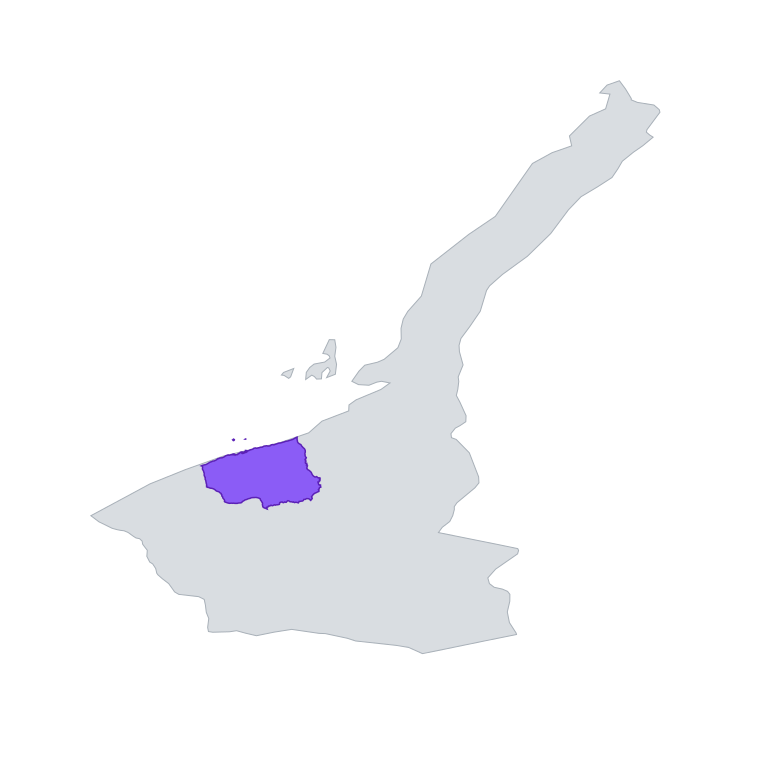 Afabet, Semenawi Keyih Bahri, Eritrea (highlighted), rotated 263°
{"feature_id": "51966322B88342452003506", "entity_name": "Afabet", "entity_type": "district", "adm_level": 2, "iso_a3": "ERI", "parent_name": "Eritrea", "parent_adm1": "Semenawi Keyih Bahri", "projection": "equal_earth", "projection_center": [38.928, 16.403], "detail": "fine", "context": "in_parent", "style": "filled", "palette": "violet", "viewbox_px": 768, "rotation_deg": 263, "n_neighbors": 0, "source": "geoboundaries", "source_scale": "gbopen_adm2", "svg_char_len": 8300}
<svg xmlns="http://www.w3.org/2000/svg" viewBox="0 0 768 768"><g transform="rotate(263 384 384)"><path d="M119.2,485.0L116.8,453.5L115.1,432.5L113.3,410.3L111.7,389.3L119.5,376.4L123.1,364.2L132.4,324.5L136.1,316.6L143.4,295.4L144.4,289.2L151.7,262.5L151.1,244.7L149.7,226.7L153.6,216.1L157.1,207.6L156.9,200.5L158.5,183.7L159.7,179.6L163.9,179.3L172.6,181.5L179.0,179.8L186.4,179.8L192.1,179.3L195.5,174.2L200.2,154.7L203.2,150.8L205.5,149.6L212.1,146.0L217.7,140.3L222.2,136.3L223.9,135.4L228.7,134.9L233.6,132.5L235.8,129.8L241.8,127.6L247.8,128.8L251.8,126.4L254.5,124.9L257.5,124.8L260.3,122.5L261.4,119.1L263.2,116.9L267.9,111.8L270.0,108.1L270.9,104.5L271.9,101.5L273.9,96.6L282.0,84.2L289.0,77.0L313.4,139.6L323.3,176.7L332.0,215.4L338.5,273.6L344.7,303.3L354.7,317.9L361.6,345.7L367.5,346.7L371.7,354.4L379.0,380.4L384.3,390.1L387.0,381.8L386.7,377.0L384.6,368.9L386.5,358.6L390.6,352.4L399.9,360.8L405.0,367.2L406.4,380.1L408.5,387.2L418.3,402.2L426.5,406.6L437.2,407.7L446.1,411.0L453.2,416.5L466.7,431.8L497.4,445.2L522.2,486.4L536.8,514.9L584.8,558.2L593.1,579.0L597.5,599.3L607.6,598.3L624.9,620.6L630.1,637.5L644.2,643.6L646.6,633.6L653.5,641.8L656.3,654.6L647.3,659.7L637.3,664.2L635.9,664.0L632.6,669.9L628.0,685.9L622.8,690.6L620.1,691.0L604.4,676.0L602.0,675.1L598.7,678.1L596.2,681.2L588.9,669.8L583.6,659.7L576.1,647.7L569.0,642.3L561.2,635.5L553.6,619.8L545.9,602.4L534.4,588.3L513.0,567.8L493.3,541.9L478.3,514.9L468.6,500.8L464.4,497.2L444.5,488.4L430.5,476.1L419.8,465.9L413.2,463.2L406.9,462.8L393.3,464.8L382.0,458.5L377.3,458.5L369.7,456.6L363.8,454.4L356.8,457.1L342.5,461.6L336.6,460.6L333.4,454.3L331.5,449.4L326.6,444.4L322.5,444.4L320.2,448.9L305.3,460.3L280.3,466.6L274.3,466.2L269.9,461.6L257.3,442.0L253.7,438.8L250.8,438.5L245.0,436.2L239.5,432.5L234.7,424.4L229.9,419.9L224.7,435.6L215.6,463.0L210.7,477.8L204.3,496.7L202.4,497.3L199.1,495.9L186.7,472.3L178.9,463.4L173.0,464.3L168.8,468.6L166.0,476.5L163.1,481.4L159.9,483.3L153.1,482.4L142.7,478.6L131.9,479.4L120.7,484.8L119.2,485.0ZM413.0,327.8L416.4,333.6L418.7,333.0L420.5,331.1L421.8,327.0L434.7,335.1L433.9,340.5L426.3,340.8L417.5,338.5L409.3,339.3L399.6,336.9L397.3,327.8L403.5,332.2L406.7,331.1L407.3,329.9L402.9,323.8L396.7,322.5L397.1,317.7L399.9,315.8L401.6,313.4L398.0,306.8L405.0,308.3L409.4,312.3L412.3,317.0L413.0,327.8ZM407.7,285.7L410.4,296.3L402.5,292.2L401.2,290.1L404.7,285.9L405.4,283.3L407.7,285.7Z" fill="#d9dde1" stroke="#a8b0b8" stroke-width="1"/><path d="M334.7,238.6L334.4,238.6L334.4,238.8L334.3,238.5L334.2,238.4L334.0,238.8L334.0,239.6L333.7,240.0L333.1,239.4L333.1,239.0L332.9,238.8L332.8,238.4L332.9,238.1L333.1,238.1L333.3,238.6L333.3,238.0L333.4,237.6L332.9,237.3L332.6,236.8L332.4,236.6L332.3,235.7L332.3,234.8L332.8,234.3L332.8,234.6L332.6,234.7L332.5,235.2L332.8,236.3L332.9,236.2L333.2,235.5L333.7,235.3L333.9,234.1L333.6,232.9L332.7,231.9L332.6,231.3L332.8,230.9L332.7,230.7L332.4,230.7L332.2,230.6L331.8,230.1L331.7,229.6L331.7,229.3L331.9,228.8L331.9,228.3L331.8,227.9L331.5,227.5L331.8,227.3L331.9,227.5L332.1,227.6L332.2,227.3L332.0,226.3L332.1,226.2L332.2,226.6L332.3,226.7L332.1,226.1L332.3,225.7L332.2,225.5L332.3,224.5L332.5,224.8L332.4,225.2L332.7,225.6L332.6,225.9L332.6,226.2L332.8,226.4L332.9,226.0L332.9,225.7L332.7,225.2L332.6,224.7L332.4,223.9L332.5,223.5L332.1,221.8L332.2,221.3L332.5,220.9L332.6,220.6L332.3,219.8L332.2,218.6L331.1,216.3L330.6,214.9L330.5,214.3L330.6,212.2L330.1,210.8L330.1,210.6L330.0,210.0L330.1,209.9L329.2,208.5L328.7,207.3L328.6,206.8L328.4,206.5L328.3,205.6L328.4,204.6L328.3,204.2L328.1,204.0L327.9,203.5L327.8,202.5L327.7,202.4L327.5,201.5L327.1,200.7L325.8,197.7L325.7,196.8L325.5,194.7L325.3,193.6L325.0,192.7L324.5,193.7L324.1,193.9L323.0,193.7L322.2,193.5L321.2,193.5L320.3,194.0L319.4,194.3L318.4,194.4L317.5,194.7L316.5,194.5L314.9,194.4L314.4,194.7L313.7,194.7L313.1,195.2L312.3,195.0L311.9,195.0L311.2,194.9L310.0,195.3L308.2,195.4L307.8,195.5L307.4,195.4L306.3,195.7L305.5,195.6L304.7,195.5L304.3,195.8L303.9,195.7L303.6,195.4L303.3,195.8L303.0,196.0L302.8,197.0L301.8,198.8L301.5,200.2L300.8,201.9L299.7,203.3L298.3,204.5L297.8,205.4L297.2,207.0L296.2,207.7L295.2,209.0L294.6,208.9L293.9,209.5L293.1,209.4L292.7,209.5L292.3,209.5L291.7,210.1L290.7,210.1L290.1,210.4L289.7,210.6L288.9,211.3L288.5,211.4L287.7,211.6L286.9,211.3L286.4,211.6L285.1,214.1L284.7,215.2L284.4,216.1L284.3,218.3L284.0,219.4L284.1,220.1L283.7,221.4L283.5,223.0L283.4,223.9L283.6,224.8L283.5,226.8L283.5,227.4L283.7,228.3L283.9,228.5L284.4,228.9L284.7,229.4L285.6,231.6L285.9,231.8L286.0,232.2L286.1,233.7L286.4,234.3L286.7,235.6L286.8,237.1L287.1,237.8L287.3,238.9L287.2,240.4L287.1,241.3L287.1,242.1L286.9,243.6L286.3,245.3L285.3,247.1L284.7,247.1L283.7,247.4L283.2,247.8L281.8,248.3L281.2,248.8L280.1,248.9L279.3,248.6L276.8,248.8L275.6,250.0L275.3,250.7L275.3,251.2L274.6,251.9L274.2,252.7L274.5,252.6L275.1,252.8L275.9,252.7L275.9,253.2L276.2,254.0L276.7,254.2L276.8,254.8L277.0,255.0L276.8,255.8L277.5,257.0L277.3,257.5L276.9,257.9L276.8,258.6L276.9,259.0L277.4,260.3L277.4,260.7L277.1,261.0L277.0,261.3L277.0,261.6L277.2,261.9L277.1,263.7L277.2,265.0L277.3,265.5L278.5,265.9L278.9,266.0L279.1,266.3L279.1,267.0L279.3,267.2L279.3,267.6L279.3,268.5L279.2,268.7L278.7,269.1L278.5,269.5L278.5,270.0L279.0,271.0L278.9,271.4L278.6,271.9L278.5,272.3L278.6,272.7L279.6,273.7L279.9,274.3L279.8,274.8L279.5,275.4L278.6,276.3L278.3,278.0L277.8,279.2L278.0,279.8L277.5,280.3L277.2,280.8L277.4,281.6L277.3,282.4L277.0,283.4L276.4,284.4L276.5,284.6L276.9,284.7L277.3,285.2L277.8,285.5L277.7,286.0L277.8,288.1L277.8,289.0L278.3,289.7L279.2,290.4L279.1,291.6L279.1,292.0L279.3,292.4L279.6,292.8L279.7,293.3L279.3,295.3L278.5,296.3L278.0,296.5L277.4,297.1L278.0,297.6L278.9,298.7L279.1,298.8L279.5,298.8L280.1,298.5L280.5,298.6L281.1,298.4L281.5,298.9L283.0,300.3L283.3,300.9L283.6,301.1L284.0,302.0L284.6,304.1L285.0,304.9L285.2,306.1L285.5,306.4L285.9,306.5L286.4,306.2L286.6,306.2L287.0,306.0L287.2,306.4L287.5,306.4L287.9,307.0L288.5,307.0L288.8,307.2L289.1,307.5L289.3,308.6L289.7,308.5L290.1,308.7L290.6,308.7L290.9,308.6L291.3,308.0L291.6,308.3L291.9,307.3L292.1,306.9L292.5,307.0L293.4,306.7L294.6,306.5L294.5,307.2L294.8,307.3L295.1,307.6L295.7,308.5L296.1,308.6L296.3,308.4L296.4,308.8L296.6,308.9L297.0,308.5L297.3,308.7L297.7,308.6L298.1,309.0L298.2,308.9L298.4,308.4L298.7,308.6L298.9,307.5L299.0,307.1L299.2,306.8L300.3,305.9L300.1,305.4L300.1,304.4L300.3,303.8L301.0,303.0L301.8,302.3L302.9,301.7L305.2,301.0L307.2,299.4L308.3,297.9L309.3,297.4L309.4,297.1L310.0,297.2L310.6,297.3L311.1,297.6L311.6,297.6L311.8,297.9L312.0,298.0L312.1,297.8L312.5,297.6L312.8,297.7L313.1,297.2L313.2,297.3L313.2,297.6L313.7,297.8L313.9,297.6L314.1,297.6L314.3,297.4L314.6,297.5L314.6,297.1L314.8,296.9L314.9,296.5L315.7,296.4L315.8,296.4L315.9,296.6L316.1,296.8L316.4,296.9L316.9,296.7L317.1,297.0L317.4,296.6L317.8,296.7L318.1,296.7L318.5,296.9L318.7,296.6L319.1,297.0L319.5,297.0L320.0,297.8L320.4,297.9L320.5,297.7L321.8,297.1L322.5,296.9L323.2,297.1L324.2,296.9L325.0,297.1L326.0,297.6L327.7,297.7L328.9,297.4L329.6,297.0L330.8,295.9L332.0,295.1L332.3,294.8L333.8,294.2L334.0,294.1L335.0,292.6L336.3,291.4L337.3,291.1L338.3,291.1L339.2,291.0L340.1,291.0L341.2,291.2L341.8,291.3L341.6,290.1L341.2,289.4L340.6,287.8L340.1,286.7L339.9,285.4L339.2,281.8L339.1,280.6L339.1,279.5L338.6,277.3L338.1,274.0L338.1,272.0L337.1,267.7L337.1,266.9L337.4,266.3L337.4,265.1L337.2,264.5L336.7,263.8L336.5,262.9L336.5,261.3L337.0,259.9L336.9,258.5L337.0,257.5L336.9,257.1L336.2,255.6L336.1,255.1L336.3,254.3L336.2,253.8L336.3,253.3L335.9,252.2L335.9,251.8L336.0,251.6L335.7,250.2L335.8,249.4L336.2,248.7L336.1,247.0L335.6,246.4L335.5,246.1L335.1,244.9L335.1,243.9L334.9,243.6L334.9,243.0L334.4,241.8L334.2,240.8L334.3,240.2L334.7,239.7L334.7,239.2L334.7,238.8L334.8,238.6L334.7,238.6ZM346.7,227.8L346.4,227.4L346.4,227.2L346.3,227.4L346.4,227.8L346.2,228.0L346.6,228.6L347.0,228.7L347.3,228.4L347.3,228.2L347.2,228.0L346.9,227.8L346.7,227.8ZM346.7,227.5L346.8,227.5L347.1,227.7L347.4,227.6L347.2,227.4L346.9,227.3L346.9,227.1L346.7,227.2L346.7,227.5ZM334.0,237.9L334.0,237.7L334.0,237.3L334.0,237.2L333.9,237.1L333.7,237.5L334.0,237.9ZM346.2,240.1L346.3,240.0L346.3,239.8L346.2,239.6L346.1,240.0L346.2,240.1Z" fill="#8b5cf6" stroke="#5b21b6" stroke-width="1.5"/></g></svg>